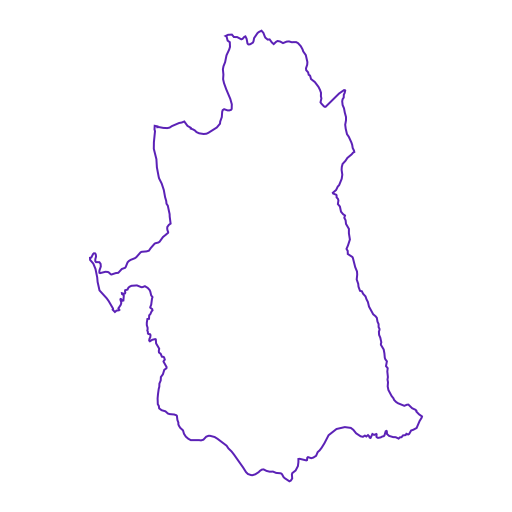 Echeandia, Bolivar, Ecuador (Equal Earth projection)
{"feature_id": "8360857B61359836335380", "entity_name": "Echeandia", "entity_type": "district", "adm_level": 2, "iso_a3": "ECU", "parent_name": "Ecuador", "parent_adm1": "Bolivar", "projection": "equal_earth", "projection_center": [-79.28, -1.448], "detail": "fine", "context": "isolated", "style": "outline", "palette": "violet", "viewbox_px": 512, "rotation_deg": 0, "n_neighbors": 0, "source": "geoboundaries", "source_scale": "gbopen_adm2", "svg_char_len": 6029}
<svg xmlns="http://www.w3.org/2000/svg" viewBox="0 0 512 512"><path d="M313.3,457.6L316.1,455.8L317.7,452.1L319.6,450.4L321.6,447.8L324.4,443.3L328.6,435.2L336.5,429.0L344.8,427.1L350.8,427.9L353.3,429.8L356.1,433.3L360.6,436.3L362.9,436.8L364.9,435.6L366.3,436.5L368.0,435.1L369.0,436.1L369.6,437.5L370.3,438.0L370.6,437.9L372.4,434.0L374.1,434.9L376.3,434.0L376.6,434.3L376.4,436.6L376.7,437.2L378.0,437.9L380.7,437.4L382.3,436.5L383.7,436.2L384.4,435.5L385.7,431.3L386.4,430.9L386.8,431.2L387.0,434.0L389.1,435.9L393.1,437.1L395.7,437.2L398.6,438.6L399.8,437.4L401.5,437.2L403.0,435.4L405.6,435.1L406.4,433.8L408.1,434.5L409.2,433.9L411.1,430.5L413.2,429.8L416.6,428.0L419.6,421.0L421.7,417.6L422.0,416.4L419.0,414.3L416.3,411.5L416.4,410.7L415.5,409.8L412.1,408.2L408.4,404.6L407.0,404.7L404.3,405.8L397.9,403.2L396.0,401.9L394.0,399.8L393.5,398.4L391.6,396.0L388.4,390.0L387.7,386.4L388.0,382.3L387.5,379.6L387.9,377.1L387.3,371.4L387.7,368.2L386.0,366.1L386.9,361.3L385.4,359.4L384.8,357.8L384.4,353.4L383.7,349.5L380.9,344.8L380.9,343.8L381.3,342.3L380.3,337.7L379.1,334.9L378.9,331.6L379.5,329.9L379.5,328.9L378.6,327.1L378.6,324.1L377.5,321.7L376.8,317.8L375.5,316.2L373.2,314.3L369.0,306.6L367.9,302.0L366.5,299.3L365.5,296.4L363.1,293.8L361.9,291.3L360.0,290.8L358.5,286.7L358.2,283.8L356.7,279.5L357.2,274.6L357.0,271.5L355.2,267.1L352.9,258.0L352.4,257.0L347.8,254.0L347.7,250.9L346.5,248.9L348.0,245.4L349.9,239.5L348.9,233.3L348.9,228.9L346.0,223.9L345.6,220.3L344.3,217.8L345.0,215.5L343.1,214.2L341.0,211.7L339.9,206.5L337.9,204.1L338.4,200.4L337.9,198.8L336.6,197.4L336.6,195.6L336.3,194.8L333.1,193.5L332.8,192.8L336.1,190.0L337.8,186.5L339.1,185.2L341.7,178.8L342.3,174.7L341.6,169.8L341.8,166.9L342.6,163.9L345.4,160.9L347.4,157.9L351.7,154.3L353.0,152.7L354.3,152.0L354.0,150.6L352.7,148.0L352.2,144.9L351.4,142.5L348.8,136.8L347.0,134.2L345.7,128.7L345.2,124.7L346.0,120.3L346.0,117.0L344.8,112.6L344.0,108.3L342.6,105.0L342.2,101.3L342.6,99.2L343.7,97.6L343.8,94.7L344.7,92.8L345.2,90.5L344.8,90.1L344.0,90.1L339.1,93.5L325.6,106.8L324.7,106.8L323.9,106.3L321.3,103.5L320.5,102.3L321.4,98.4L320.9,96.2L321.0,92.8L320.0,89.9L318.5,86.9L314.9,82.1L311.0,79.0L310.2,76.0L309.8,75.4L308.7,74.8L308.1,72.3L306.2,70.2L306.0,68.3L307.2,64.7L307.4,62.1L305.8,55.1L303.2,51.4L302.6,49.5L300.8,46.2L298.0,43.1L296.1,42.1L291.6,42.2L289.0,41.4L286.7,41.6L283.0,43.1L280.1,41.5L277.6,41.0L276.1,41.8L273.7,44.1L271.8,42.4L269.6,39.4L267.7,39.6L265.4,37.7L264.9,36.8L263.4,32.9L261.5,30.7L258.7,32.1L257.5,33.1L254.1,38.1L253.5,41.3L252.9,42.6L250.3,44.2L248.8,44.5L248.2,44.3L247.5,43.5L246.6,38.8L245.4,36.4L244.3,36.9L242.5,38.9L241.3,39.3L237.2,37.1L233.9,37.0L231.9,34.6L228.1,34.8L225.6,36.0L226.6,36.6L227.6,40.6L229.8,42.2L230.0,46.9L229.2,49.5L226.5,55.3L225.1,62.2L223.5,66.2L222.9,69.3L223.4,74.6L223.1,79.2L224.0,83.1L226.2,89.2L230.3,98.9L231.8,104.3L231.7,108.9L231.1,109.8L229.4,110.4L227.6,110.4L224.1,109.2L222.7,110.1L222.2,111.7L221.8,117.1L220.2,121.6L220.0,123.7L216.8,127.5L208.4,132.8L206.5,133.7L203.7,134.0L199.1,133.3L196.5,132.1L194.8,130.4L192.8,129.3L190.7,128.6L190.8,127.8L187.5,125.9L184.3,121.5L181.8,122.5L179.1,123.0L171.9,126.1L169.6,127.6L167.3,128.1L163.3,127.9L159.0,127.1L157.4,127.2L157.5,126.4L154.7,125.8L154.5,129.4L155.0,131.2L153.9,142.2L153.8,148.8L156.4,159.2L156.9,167.4L158.7,176.9L159.1,178.4L161.7,183.6L163.8,190.0L165.1,197.2L166.2,200.9L166.5,203.7L167.8,205.7L169.6,214.1L169.7,216.6L170.6,223.6L168.8,224.9L167.3,227.0L167.2,228.5L167.4,230.0L168.2,232.2L168.0,232.9L162.9,237.1L159.6,241.7L158.4,242.5L155.2,243.3L154.4,243.9L150.7,248.1L148.9,250.7L146.5,251.4L141.7,251.8L140.6,252.3L136.3,257.2L134.9,258.2L130.6,259.9L128.9,261.0L127.6,262.3L125.7,267.0L125.1,267.8L121.8,269.0L118.3,272.8L115.7,273.1L111.5,274.5L110.8,274.3L108.5,272.2L107.2,271.9L105.4,271.8L100.2,273.1L99.5,272.9L99.3,272.1L99.5,270.3L100.8,266.5L100.6,263.9L99.4,262.2L96.0,262.1L95.3,261.2L95.3,259.2L96.0,256.7L95.9,255.3L95.7,254.3L95.1,253.4L93.9,253.3L93.1,254.0L91.3,257.5L90.0,257.8L90.1,259.9L93.3,263.6L95.5,269.0L97.2,277.4L97.6,281.9L99.5,290.4L106.7,298.3L108.7,301.1L113.0,308.5L113.1,309.2L112.7,309.7L114.9,312.0L116.5,310.6L118.9,310.3L119.4,309.9L118.4,308.3L120.6,305.1L121.2,303.4L121.2,302.3L120.4,299.6L120.6,299.0L121.1,299.1L122.3,300.8L123.4,300.5L123.8,295.6L123.4,295.0L122.0,294.0L121.9,293.2L124.1,293.8L124.9,293.5L125.3,292.7L125.0,291.0L125.2,290.2L127.5,289.6L128.4,287.7L129.6,286.7L131.4,285.8L136.9,285.4L141.4,287.2L142.6,287.1L144.9,286.2L147.7,287.9L149.6,290.0L150.3,291.6L151.2,295.4L152.5,297.1L152.0,298.7L151.2,304.7L150.2,307.3L150.4,307.8L152.2,309.1L152.5,310.4L151.6,311.3L150.3,314.2L149.2,315.3L149.0,318.8L147.4,319.0L146.8,322.7L146.8,325.1L147.6,327.8L147.6,329.5L147.3,330.4L147.9,332.0L147.9,333.3L148.4,334.0L150.0,334.2L150.5,335.1L150.3,337.1L149.4,339.0L149.2,340.6L149.9,341.3L152.2,339.8L155.2,339.1L155.8,339.4L156.1,343.4L159.2,348.7L158.8,351.0L159.0,352.5L160.7,353.8L161.9,356.7L163.6,356.9L164.2,357.7L164.8,359.7L163.8,360.8L163.5,361.6L166.6,367.1L166.4,368.3L164.3,369.8L162.9,374.3L160.9,377.0L160.7,380.5L159.4,383.6L159.3,386.7L158.7,389.0L158.0,394.1L157.6,398.4L157.8,404.2L158.8,405.9L159.2,408.4L161.6,410.2L165.4,411.3L168.0,413.6L169.7,414.1L174.2,414.5L176.4,415.3L176.9,415.9L177.4,420.0L178.4,422.7L178.3,424.0L178.8,425.5L180.2,427.8L183.0,430.4L184.0,433.8L185.8,436.6L188.2,438.7L190.7,440.1L198.9,440.1L201.0,440.4L203.4,439.7L206.2,436.7L208.5,435.8L210.0,435.8L214.6,437.0L217.5,438.8L226.6,445.7L228.4,448.4L231.5,451.4L234.0,454.6L243.1,467.5L246.0,472.1L247.9,474.0L251.1,475.1L252.4,475.2L255.3,474.3L258.6,472.2L260.0,470.8L261.9,469.6L263.6,469.4L266.5,470.9L269.7,471.7L273.0,471.6L276.1,472.9L280.8,473.3L282.0,474.2L283.5,477.0L284.6,478.1L289.4,481.3L290.8,480.6L292.2,478.5L291.9,474.4L292.3,473.1L295.6,470.5L297.9,466.1L298.4,462.2L298.4,459.0L299.6,458.8L306.3,460.4L307.0,460.1L307.3,457.7L308.0,457.1L311.2,458.2L313.3,457.6Z" fill="none" stroke="#5b21b6" stroke-width="2"/></svg>